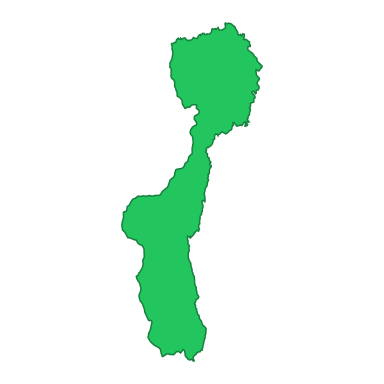 the district of Capitão Poço, Pará, Brazil
{"feature_id": "56859067B50516914991267", "entity_name": "Capitão Poço", "entity_type": "district", "adm_level": 2, "iso_a3": "BRA", "parent_name": "Brazil", "parent_adm1": "Pará", "projection": "equal_earth", "projection_center": [-47.202, -2.066], "detail": "fine", "context": "isolated", "style": "filled", "palette": "green", "viewbox_px": 384, "rotation_deg": 0, "n_neighbors": 0, "source": "geoboundaries", "source_scale": "gbopen_adm2", "svg_char_len": 5972}
<svg xmlns="http://www.w3.org/2000/svg" viewBox="0 0 384 384"><path d="M140.3,301.2L141.6,302.5L142.6,304.2L144.1,308.3L144.7,310.7L144.7,311.9L148.5,320.2L149.7,320.7L150.5,320.4L151.3,320.7L152.0,321.7L150.6,328.6L150.0,330.8L148.6,333.3L148.6,334.7L148.1,337.0L148.3,338.0L149.9,340.8L151.2,342.5L153.8,344.8L159.2,347.9L160.4,349.4L161.3,353.6L162.3,356.5L162.9,356.5L166.6,354.1L167.9,353.7L169.9,354.6L171.9,354.4L173.1,354.8L174.0,354.5L175.9,352.2L177.3,351.5L178.8,351.6L180.6,353.0L183.2,349.5L184.2,350.2L184.7,351.1L185.3,355.9L188.2,359.4L189.9,360.0L191.5,359.3L193.3,361.0L194.2,360.9L193.3,358.7L193.1,357.2L194.0,355.9L196.1,354.2L196.8,352.9L197.6,352.7L198.3,351.9L200.0,351.8L201.0,350.1L202.2,350.1L202.0,349.1L202.8,347.7L202.8,345.8L203.3,344.7L204.3,339.6L205.0,338.4L205.1,335.7L205.7,334.4L206.1,328.5L204.8,326.8L202.6,325.0L201.2,320.8L199.6,318.9L198.9,315.2L197.4,314.0L197.2,312.1L196.6,310.5L196.6,308.9L195.5,307.9L195.5,305.2L194.5,303.4L195.4,302.5L195.8,300.4L197.0,299.0L198.2,298.3L198.8,296.9L198.1,295.4L197.2,294.3L196.8,293.1L196.9,291.8L196.2,289.7L196.2,287.1L195.5,286.4L195.0,285.1L194.5,281.2L194.6,279.4L194.3,278.4L194.4,277.2L194.0,276.0L192.9,274.4L193.0,273.4L192.0,271.2L192.1,269.7L190.7,265.2L191.0,264.3L190.6,262.9L189.3,260.8L188.3,257.4L188.2,253.4L188.5,252.2L189.2,251.3L189.0,247.1L189.5,246.1L188.1,243.6L187.8,242.4L188.1,241.6L188.0,240.5L187.5,239.5L187.5,236.1L189.0,236.8L190.1,236.5L189.7,237.5L190.6,238.0L191.3,236.7L192.0,236.4L194.2,233.8L194.5,232.9L195.1,232.6L195.5,231.7L196.8,230.4L198.6,231.2L198.8,230.0L199.4,229.5L198.6,226.6L199.0,224.3L199.7,224.0L199.8,223.0L199.5,221.3L200.2,218.2L199.9,217.0L200.1,216.1L201.6,214.2L201.5,212.6L202.3,211.6L202.3,209.2L203.0,206.8L202.9,205.3L201.9,201.7L202.2,200.7L203.1,200.3L204.8,201.8L205.1,200.2L205.0,198.9L204.6,194.9L204.0,193.8L204.7,192.1L205.1,189.3L205.9,187.1L206.7,186.6L207.3,184.0L207.3,182.8L208.4,180.5L208.5,179.5L207.7,178.5L208.4,176.2L207.9,175.1L208.4,174.1L209.2,173.8L209.5,171.6L209.2,170.7L209.9,168.4L210.9,167.3L211.3,166.2L210.9,165.3L210.2,165.4L209.7,164.5L209.7,163.4L210.6,163.1L210.8,161.9L209.4,160.7L208.9,157.6L207.8,157.1L207.2,156.1L207.5,153.7L205.9,152.7L205.6,151.6L206.4,151.0L206.4,148.4L207.3,147.3L208.0,147.7L209.2,146.6L209.9,146.5L212.0,144.3L213.0,142.2L213.1,139.9L214.3,139.4L214.7,138.6L214.5,137.4L214.8,135.1L215.5,134.2L217.3,134.4L218.0,135.7L218.3,134.8L219.8,133.9L222.1,131.8L225.7,133.9L227.9,132.5L228.7,131.3L231.3,129.8L231.9,128.4L232.0,126.8L232.6,125.7L233.4,125.2L232.9,124.4L232.8,122.9L233.5,122.5L234.3,123.1L234.9,124.0L235.9,124.7L236.4,125.9L237.1,126.2L240.8,124.9L241.3,125.5L242.2,125.2L243.4,123.0L245.0,121.8L245.5,123.3L244.9,126.0L245.6,126.3L247.2,125.4L247.7,124.3L246.2,122.9L246.7,122.2L247.6,121.8L248.3,122.1L249.1,121.9L247.7,120.3L247.2,119.4L248.0,118.6L247.9,117.3L248.3,116.1L249.1,115.3L249.5,114.2L249.6,112.2L250.5,110.1L250.3,109.0L249.4,107.7L250.2,107.1L250.6,105.5L250.4,103.8L251.3,102.9L253.8,102.1L253.7,99.5L254.0,98.4L254.9,98.0L255.1,97.2L254.8,96.1L253.3,94.2L251.8,92.7L252.1,91.8L252.9,91.4L253.9,91.5L255.4,93.8L256.2,93.2L256.1,91.2L256.5,90.2L258.3,89.9L258.8,88.9L259.1,87.3L258.8,85.9L257.3,84.5L257.1,83.2L257.5,81.9L259.4,79.3L259.2,78.0L256.5,75.3L255.9,70.7L256.1,69.6L258.1,70.9L258.9,71.0L260.7,68.4L261.6,67.7L262.2,66.5L261.5,65.3L260.8,65.0L259.5,63.3L258.6,62.8L257.2,61.1L256.8,58.3L254.3,56.3L253.6,54.5L251.7,52.6L249.8,51.5L247.8,49.6L247.7,48.4L248.2,46.3L250.3,46.5L250.4,45.4L249.7,44.4L249.4,43.2L249.5,41.8L247.8,40.9L246.4,39.6L245.5,39.3L244.5,39.7L243.6,39.3L244.2,36.7L244.4,35.3L244.2,34.2L242.8,33.8L241.8,35.9L241.0,35.4L240.6,34.4L239.9,34.9L238.3,35.0L237.4,31.5L235.6,28.8L234.8,26.6L232.3,25.0L231.9,24.3L231.0,23.8L228.4,23.1L227.0,23.9L225.4,23.0L225.0,23.9L225.5,26.5L225.4,27.9L222.1,30.0L219.7,30.2L218.9,29.4L218.1,27.5L216.5,29.1L215.5,29.4L215.1,28.6L214.0,29.2L212.3,28.7L211.8,29.4L211.7,31.1L211.3,32.2L210.1,33.7L209.2,34.2L206.8,33.9L205.8,34.7L204.7,34.4L204.2,33.6L203.4,33.3L202.6,33.4L201.9,34.4L201.0,34.3L200.6,35.4L199.9,34.7L198.9,35.3L198.2,36.3L197.9,37.4L197.1,38.4L195.7,38.4L193.3,37.5L191.9,39.8L188.1,40.5L187.3,40.4L184.7,37.8L182.2,38.7L181.5,39.6L180.5,38.2L180.1,39.1L179.0,39.3L178.2,38.2L176.5,39.8L175.9,42.4L174.5,42.4L173.8,43.2L172.9,43.5L171.9,43.4L171.4,44.2L172.1,46.0L172.1,49.4L172.9,52.2L172.9,53.5L172.0,58.5L170.9,61.3L169.9,62.9L169.9,64.0L170.2,64.8L169.7,67.0L171.0,68.5L171.3,69.4L171.1,72.4L171.2,74.6L170.9,75.5L171.4,77.7L171.9,78.5L173.3,79.4L174.7,81.8L174.6,86.3L175.6,88.2L176.1,90.4L177.0,92.1L177.2,96.1L179.8,97.6L181.7,99.8L182.1,100.7L182.4,104.1L182.7,105.0L183.4,105.5L184.7,108.1L185.6,108.3L188.0,107.0L189.0,107.4L189.9,107.0L191.2,105.5L192.7,104.7L196.0,104.7L196.6,105.0L196.4,108.3L198.6,110.0L199.1,111.0L199.1,111.9L199.0,113.0L198.4,113.8L197.7,114.5L195.4,115.5L194.7,116.2L194.3,117.2L194.3,119.2L196.4,122.4L196.7,124.3L196.1,125.3L194.6,125.6L192.4,127.2L190.7,129.8L190.2,131.9L190.3,133.9L192.1,135.9L192.8,137.8L192.9,140.1L193.3,142.2L192.1,148.3L192.2,153.5L188.9,156.7L187.7,161.4L185.5,163.0L184.9,163.8L184.2,166.0L183.1,167.7L180.8,168.7L177.3,169.1L175.6,170.0L174.7,173.8L174.6,175.1L173.7,177.2L170.2,179.8L168.0,186.3L167.5,187.2L162.3,191.5L160.2,194.9L157.9,195.5L155.4,195.4L153.3,196.0L151.1,196.1L150.0,195.5L145.5,196.3L143.4,195.8L141.1,196.4L137.9,196.1L135.0,198.5L132.9,199.1L130.9,201.8L129.5,204.9L127.3,206.5L126.8,210.2L125.8,211.5L124.6,211.6L123.4,212.4L123.5,217.7L122.4,221.7L121.8,225.1L122.5,229.9L125.0,232.4L127.9,237.7L129.8,237.9L134.7,239.9L136.1,240.0L138.2,243.5L139.0,244.2L141.7,245.2L142.9,246.6L144.0,248.9L144.3,257.1L142.8,260.2L143.1,263.5L143.0,265.3L142.2,268.0L140.0,271.9L139.0,272.8L138.3,275.0L136.3,276.3L136.8,278.5L138.4,281.6L139.3,282.3L141.0,288.4L140.6,291.0L139.3,294.4L139.0,295.9L139.3,297.8L140.3,301.2Z" fill="#22c55e" stroke="#15803d" stroke-width="1.5"/></svg>